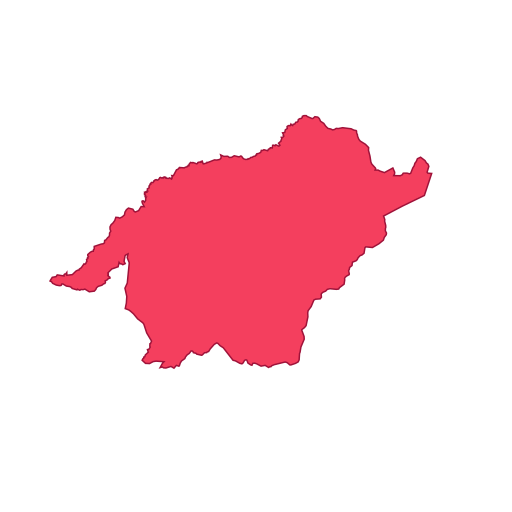 outline of Nkoranza North, Brong Ahafo, Ghana, rotated 153°
{"feature_id": "2480657B63998169387071", "entity_name": "Nkoranza North", "entity_type": "district", "adm_level": 2, "iso_a3": "GHA", "parent_name": "Ghana", "parent_adm1": "Brong Ahafo", "projection": "robinson", "projection_center": [-1.569, 7.72], "detail": "fine", "context": "isolated", "style": "filled", "palette": "rose", "viewbox_px": 512, "rotation_deg": 153, "n_neighbors": 0, "source": "geoboundaries", "source_scale": "gbopen_adm2", "svg_char_len": 6146}
<svg xmlns="http://www.w3.org/2000/svg" viewBox="0 0 512 512"><g transform="rotate(153 256 256)"><path d="M310.2,161.4L309.2,160.5L307.6,161.8L305.8,161.1L304.4,159.7L301.5,155.6L297.5,154.4L295.4,151.0L293.9,151.1L293.0,150.6L291.8,151.1L289.1,150.9L278.1,148.3L276.6,146.8L275.3,143.6L274.4,143.1L269.5,142.4L266.5,142.5L264.7,143.9L261.5,149.3L260.4,150.3L257.3,154.5L250.8,160.0L249.7,162.5L248.9,169.1L248.6,169.6L245.3,170.2L243.0,171.2L237.4,178.2L235.7,181.9L234.4,183.6L229.8,185.9L224.4,190.5L222.6,190.5L218.3,188.7L216.4,189.6L215.2,192.5L214.1,193.0L212.7,193.3L209.9,193.1L207.6,193.9L205.0,193.3L199.5,189.8L197.3,189.0L196.1,189.9L190.3,190.9L187.8,194.4L187.4,195.6L186.4,196.5L184.4,197.0L181.5,197.1L181.0,197.7L180.2,200.8L178.9,201.8L177.8,203.3L174.8,203.9L172.9,206.7L169.0,206.3L167.5,206.8L165.8,208.1L163.0,209.1L161.1,208.8L158.5,209.4L155.1,214.0L154.0,214.3L148.4,210.7L140.9,211.1L135.3,212.3L133.3,214.3L130.3,215.8L129.3,217.2L129.3,219.7L128.3,221.6L127.3,222.7L126.5,224.5L125.6,228.6L124.7,230.0L124.2,233.7L102.8,234.0L78.5,233.5L62.0,249.8L65.3,251.8L65.5,253.0L61.3,257.4L61.1,259.9L61.9,261.5L62.1,264.3L64.5,269.3L68.0,269.4L70.4,267.4L72.3,266.5L74.1,264.6L76.3,263.3L80.6,259.5L81.9,259.5L83.6,261.1L86.8,262.8L87.4,262.9L88.6,262.0L90.9,262.0L96.8,265.1L95.3,266.2L94.4,267.7L94.1,272.3L103.7,272.0L106.9,275.3L108.2,277.1L110.9,278.5L109.7,279.5L109.7,280.3L111.1,285.3L111.0,287.5L109.1,293.3L107.8,299.1L106.4,301.5L107.8,305.9L110.9,311.0L111.4,313.2L111.1,316.8L110.6,317.9L110.5,319.9L109.7,321.7L109.8,322.3L111.7,323.8L113.5,326.2L120.6,331.0L124.8,332.2L126.6,333.3L128.7,333.1L130.5,333.6L131.7,335.2L134.0,337.1L135.0,340.2L135.4,343.4L137.3,346.7L137.2,349.8L137.9,351.7L140.3,353.4L142.7,352.7L143.6,353.0L147.0,357.0L147.5,358.3L149.8,359.4L151.3,359.4L151.9,358.5L153.0,358.0L154.6,358.5L156.3,358.4L157.6,356.8L158.3,356.6L159.9,357.1L161.6,356.0L163.1,356.5L164.1,355.6L164.8,356.5L165.0,357.7L166.4,356.6L168.0,357.5L169.3,357.3L169.7,357.1L170.2,355.4L172.6,355.1L174.3,353.0L176.4,353.7L176.5,351.1L177.0,351.0L177.0,350.0L178.4,349.6L179.6,350.2L179.7,348.9L181.3,347.6L181.4,347.1L184.7,346.3L184.4,343.8L185.8,343.5L187.8,346.1L189.0,345.6L189.7,346.6L190.9,347.1L192.4,344.9L194.1,346.0L194.7,345.4L196.5,345.5L197.8,344.5L200.7,347.1L202.2,347.0L203.3,347.7L204.6,346.3L206.6,346.1L208.9,346.7L209.4,346.1L209.5,346.4L211.1,345.4L213.3,345.9L214.6,345.6L215.7,346.2L217.3,345.8L218.7,345.8L218.9,346.3L219.8,346.0L221.5,346.8L222.5,347.7L223.1,348.7L223.6,351.4L224.1,352.0L226.1,352.0L229.9,355.2L233.0,355.0L235.0,355.9L235.9,357.7L239.5,359.4L241.6,362.1L241.9,360.4L242.9,359.0L244.5,358.5L247.4,359.3L249.4,360.5L256.6,361.2L257.1,361.7L257.6,361.3L260.7,361.8L261.2,362.2L260.8,365.0L261.8,365.1L262.0,364.6L262.4,365.1L263.0,364.7L263.9,365.5L265.4,365.7L266.0,365.0L266.9,365.0L269.8,368.0L270.5,367.9L271.8,369.1L274.0,368.1L274.7,367.0L275.3,367.5L276.2,366.8L276.6,367.1L277.1,366.8L278.7,367.2L279.9,367.1L283.8,369.5L284.0,369.1L284.7,369.4L286.3,368.7L287.7,368.9L293.1,365.1L294.5,365.9L294.6,364.8L295.3,364.2L295.3,363.6L296.3,362.9L297.4,364.8L298.6,364.8L300.5,365.9L300.6,367.0L301.0,367.4L301.4,367.1L301.5,367.9L302.7,368.2L303.5,367.6L304.0,368.3L304.9,368.5L305.4,369.4L306.2,369.5L307.3,368.7L309.0,368.3L309.6,368.4L310.3,369.4L311.6,369.6L312.1,369.2L312.7,369.4L313.0,368.9L314.5,368.2L315.7,369.0L317.0,368.5L317.2,367.9L317.6,368.2L318.9,367.0L319.6,366.9L320.2,365.3L322.4,365.1L323.1,363.0L323.8,363.4L324.7,362.8L324.6,362.4L325.2,362.6L325.3,363.2L325.9,362.9L326.3,363.3L326.7,362.1L327.0,362.3L327.4,361.4L327.0,361.2L327.2,360.6L326.9,360.1L327.8,359.4L327.8,358.8L327.2,358.4L327.8,358.2L327.7,357.7L328.5,357.0L328.8,355.9L330.9,354.6L331.5,356.4L332.4,356.7L333.0,356.1L333.3,354.3L333.2,350.7L335.9,352.2L340.0,349.7L343.6,350.0L344.3,351.1L344.5,353.6L347.9,356.6L350.4,356.1L352.8,354.6L354.6,352.3L357.4,351.6L360.3,351.6L361.2,352.8L363.3,354.1L365.8,351.7L368.6,350.3L370.9,349.7L372.9,348.2L373.9,346.1L374.1,344.1L376.1,342.9L377.1,341.0L378.4,339.9L379.6,339.8L382.4,338.5L383.8,338.6L385.1,336.5L386.7,336.3L388.5,336.9L395.8,338.0L397.0,335.6L397.9,335.4L398.8,334.1L399.9,334.6L401.8,334.6L405.2,333.7L405.7,332.8L405.6,331.4L406.9,331.0L407.0,330.1L408.5,329.9L409.2,327.8L410.1,327.6L411.1,326.5L412.3,326.4L412.8,327.1L416.9,324.9L419.5,324.5L420.0,323.9L421.2,324.3L423.2,324.3L428.1,322.8L433.3,324.7L432.1,327.2L433.6,326.4L434.8,326.8L435.5,326.5L436.1,325.4L441.7,329.4L443.5,328.4L447.2,329.5L450.7,327.4L450.9,327.0L449.9,326.1L449.6,324.0L447.2,320.8L444.6,318.8L443.3,318.3L442.6,318.4L441.9,319.2L440.8,318.8L438.6,315.3L435.7,313.2L434.7,311.7L434.6,310.6L430.9,307.1L430.2,307.5L428.5,305.5L427.1,305.6L425.3,304.5L423.5,304.2L420.8,299.8L416.0,298.1L413.9,298.9L412.5,300.1L410.4,300.6L406.6,299.9L404.4,300.4L403.1,300.1L402.0,301.0L401.7,302.3L399.2,302.3L398.0,302.9L396.1,302.6L395.8,303.4L396.7,305.1L396.4,305.7L396.7,305.9L396.0,306.6L396.1,307.3L395.4,307.7L395.4,308.3L390.4,309.9L383.7,309.0L380.9,312.5L380.6,310.8L379.3,309.9L378.6,308.7L376.0,308.6L376.0,311.1L372.7,315.5L371.9,316.0L369.1,316.0L371.5,313.0L372.0,307.5L383.0,290.3L387.4,286.8L389.5,278.6L392.9,272.9L396.4,268.5L393.9,265.8L392.9,263.9L391.4,260.1L390.0,253.7L387.2,247.9L386.9,246.1L388.3,237.1L387.7,227.6L389.7,225.9L390.3,226.0L391.6,223.8L391.6,222.9L393.9,221.5L395.2,221.9L395.7,219.2L399.5,218.1L400.9,216.7L401.9,216.9L402.5,215.9L403.3,215.9L404.8,214.8L403.2,210.5L399.7,208.5L395.6,208.6L392.8,207.7L386.0,203.6L388.0,202.9L392.1,200.1L390.0,199.7L389.1,198.3L387.1,197.1L381.9,196.2L380.0,193.3L376.6,194.7L374.8,192.9L374.2,192.9L372.1,195.0L370.0,196.3L366.0,196.9L364.6,198.1L362.2,199.2L359.7,199.5L356.9,200.9L355.8,200.1L355.5,199.4L355.7,198.3L353.6,196.5L353.4,195.5L349.6,192.3L348.8,192.2L345.8,193.2L343.8,192.3L343.0,192.7L341.6,192.4L339.0,194.0L333.4,196.2L330.5,196.4L329.6,195.4L328.7,192.4L326.8,189.1L323.8,173.5L322.0,172.0L319.1,167.7L317.5,166.3L316.0,166.6L313.6,168.2L312.1,168.1L311.5,167.5L311.5,166.5L311.8,164.3L310.2,161.4Z" fill="#f43f5e" stroke="#9f1239" stroke-width="1.5"/></g></svg>